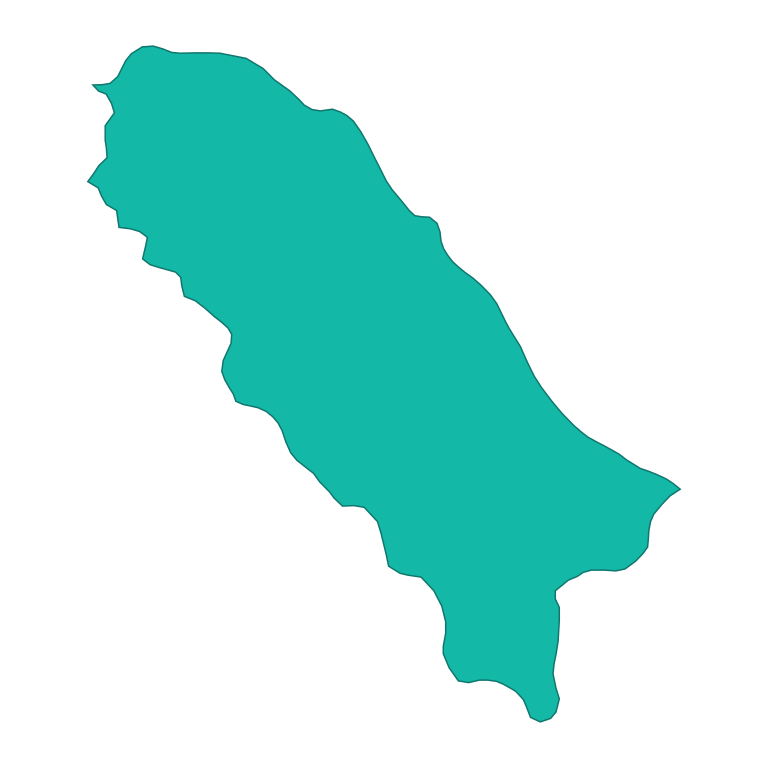 outline of Sabino, São Paulo, Brazil
{"feature_id": "56859067B35767000165463", "entity_name": "Sabino", "entity_type": "district", "adm_level": 2, "iso_a3": "BRA", "parent_name": "Brazil", "parent_adm1": "São Paulo", "projection": "albers", "projection_center": [-49.574, -21.483], "detail": "fine", "context": "isolated", "style": "filled", "palette": "teal", "viewbox_px": 768, "rotation_deg": 0, "n_neighbors": 0, "source": "geoboundaries", "source_scale": "gbopen_adm2", "svg_char_len": 2323}
<svg xmlns="http://www.w3.org/2000/svg" viewBox="0 0 768 768"><path d="M92.9,85.0L98.5,91.0L106.2,94.1L111.5,103.4L114.4,112.8L105.2,125.7L105.2,140.2L106.4,148.1L107.1,157.7L98.9,165.6L93.4,174.0L87.8,181.6L98.2,187.9L101.5,196.0L106.4,204.6L116.6,210.5L119.0,227.4L130.5,228.8L139.6,231.5L147.4,237.3L145.6,246.2L142.6,258.9L150.1,264.7L160.1,267.8L175.6,272.1L180.7,277.3L181.8,285.7L184.4,296.4L195.2,300.7L204.7,308.0L214.4,316.6L221.5,322.1L228.1,328.1L231.7,334.4L231.1,343.3L227.7,350.7L223.2,360.6L221.8,371.4L224.8,379.8L229.3,387.7L233.3,394.0L235.9,401.3L243.0,404.4L258.1,407.7L266.3,411.5L272.8,416.8L278.1,423.0L282.1,430.6L285.8,441.7L290.7,452.8L297.0,460.4L305.1,466.8L313.6,473.4L319.7,481.9L329.8,492.2L334.2,498.2L342.6,506.1L353.9,505.6L364.2,507.3L377.5,521.6L381.1,533.5L386.4,555.3L388.6,566.2L400.1,573.3L407.7,575.1L421.1,577.1L433.9,590.8L441.8,606.1L445.7,621.7L445.7,633.2L443.3,646.3L443.3,653.8L449.2,667.9L458.4,680.9L468.7,682.6L479.4,680.1L487.6,680.1L496.4,681.3L503.1,684.1L509.6,687.7L515.7,691.3L523.4,699.6L526.3,706.4L530.5,717.4L540.3,721.9L550.6,718.4L556.0,712.0L559.3,698.9L556.0,688.2L553.0,673.8L554.1,663.9L556.3,652.7L558.1,641.1L559.3,620.1L559.3,607.4L555.3,599.0L555.3,590.7L562.2,585.2L568.4,580.1L577.3,576.4L583.2,572.4L591.4,570.1L604.3,570.1L615.8,570.9L625.0,569.0L635.8,561.0L642.9,553.6L647.6,547.1L648.3,539.5L648.8,530.8L650.5,521.7L653.8,514.1L661.8,504.5L670.1,495.8L680.2,489.2L673.1,483.5L666.5,479.1L656.2,474.3L648.4,471.2L640.2,468.4L626.2,459.7L619.2,454.2L605.6,446.6L595.6,441.4L587.8,437.1L580.7,431.5L574.1,425.8L561.9,413.3L551.9,401.3L541.6,387.7L534.2,376.2L527.6,362.8L520.3,346.4L512.8,334.4L509.0,328.1L505.4,321.4L496.9,303.9L490.2,294.6L480.7,284.9L472.9,278.1L464.7,272.2L457.8,266.5L452.6,261.7L447.7,255.3L443.6,248.7L441.0,241.1L440.0,231.9L437.0,223.3L429.5,217.2L421.9,216.8L414.8,215.7L409.3,210.6L401.9,201.4L392.2,189.8L386.3,181.0L379.2,166.8L375.3,159.2L368.1,144.6L360.9,131.9L353.4,121.1L346.8,115.5L340.4,112.0L332.4,109.2L320.4,110.9L312.1,109.6L304.3,105.2L299.1,99.6L289.8,90.9L274.3,79.8L263.2,68.6L246.2,58.4L219.9,53.2L208.4,52.9L195.0,52.9L179.8,53.2L171.5,52.4L162.8,48.9L153.3,46.1L142.2,46.9L131.4,53.7L125.8,60.5L117.7,76.6L110.1,83.4L102.1,84.7L92.9,85.0Z" fill="#14b8a6" stroke="#0f766e" stroke-width="1.5"/></svg>